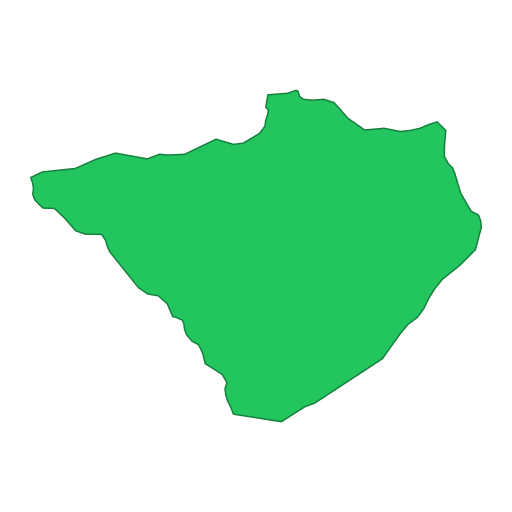 the border of Yozgat
{"feature_id": "TUR-3026", "entity_name": "Yozgat", "entity_type": "Province", "adm_level": 1, "iso_a3": "TUR", "parent_name": "Turkey", "parent_adm1": "", "projection": "orthographic", "projection_center": [35.159, 39.624], "detail": "fine", "context": "isolated", "style": "filled", "palette": "green", "viewbox_px": 512, "rotation_deg": 0, "n_neighbors": 0, "source": "natural_earth", "source_scale": "10m", "svg_char_len": 1251}
<svg xmlns="http://www.w3.org/2000/svg" viewBox="0 0 512 512"><path d="M333.9,102.5L348.2,118.5L364.7,130.0L384.0,128.3L400.4,131.5L410.1,130.5L419.8,128.4L428.5,124.6L437.1,121.9L445.8,130.5L444.5,145.7L444.3,156.3L448.5,164.0L452.4,167.7L454.8,173.5L460.8,193.4L471.1,211.2L478.5,215.1L480.7,220.9L481.3,227.4L475.4,249.7L460.2,265.0L442.4,279.2L435.2,288.1L428.9,298.1L423.8,308.6L417.3,317.4L407.8,324.5L400.0,334.0L382.4,358.7L314.4,403.3L305.0,406.6L281.4,421.7L233.5,414.2L230.8,407.4L227.6,400.9L225.8,395.1L225.0,388.9L226.9,382.5L222.1,374.3L205.2,363.7L202.6,353.0L198.5,344.7L191.9,341.1L186.5,334.6L184.6,329.4L183.8,323.5L182.3,320.1L176.1,317.4L172.7,316.5L167.3,303.8L158.3,295.8L147.7,294.0L138.6,287.8L109.9,252.0L107.3,246.4L105.5,240.1L101.6,234.4L85.1,234.1L75.6,230.7L65.1,218.6L54.4,208.4L43.1,208.1L38.8,204.2L34.8,199.8L32.7,194.3L33.5,188.6L32.6,182.9L30.7,177.5L42.5,171.9L75.2,168.5L95.2,159.6L115.5,153.1L147.3,158.9L159.7,154.2L167.9,155.1L184.7,154.3L216.0,139.2L233.6,144.4L243.2,143.2L259.5,133.4L265.1,126.0L265.6,120.7L267.6,114.8L268.4,110.1L265.8,107.1L267.9,94.8L287.7,93.3L296.1,90.3L297.9,91.1L299.6,96.5L303.5,99.3L312.9,100.2L323.7,99.3L333.9,102.5Z" fill="#22c55e" stroke="#15803d" stroke-width="1.5"/></svg>